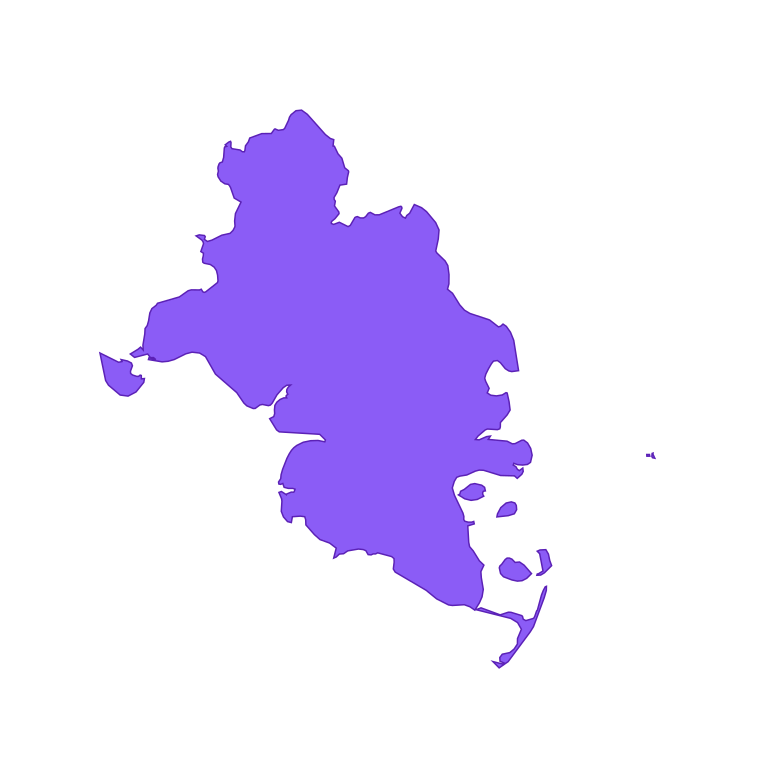 the border of Schleswig-Holstein, rotated 197°
{"feature_id": "DEU-1579", "entity_name": "Schleswig-Holstein", "entity_type": "State", "adm_level": 1, "iso_a3": "DEU", "parent_name": "Germany", "parent_adm1": "", "projection": "mercator", "projection_center": [9.834, 54.215], "detail": "fine", "context": "isolated", "style": "filled", "palette": "violet", "viewbox_px": 768, "rotation_deg": 197, "n_neighbors": 0, "source": "natural_earth", "source_scale": "10m", "svg_char_len": 6179}
<svg xmlns="http://www.w3.org/2000/svg" viewBox="0 0 768 768"><g transform="rotate(197 384 384)"><path d="M257.7,191.6L270.8,193.9L283.6,199.1L318.3,207.4L321.0,209.8L322.2,216.6L323.4,220.0L326.3,221.2L340.7,220.7L342.3,219.1L344.6,218.4L346.4,216.8L349.3,216.2L352.6,219.3L355.4,219.6L360.2,218.7L369.9,213.8L373.0,209.9L377.0,208.3L379.1,204.6L381.2,202.8L381.7,213.1L389.6,216.0L399.7,216.5L406.5,219.6L417.5,226.4L419.2,231.3L421.0,233.9L425.3,233.2L432.8,230.3L432.1,224.4L436.0,224.2L441.3,227.5L445.0,232.2L447.3,241.9L448.3,244.2L452.8,249.6L450.7,251.2L445.0,249.6L445.1,250.2L441.1,253.5L438.8,254.1L438.4,254.8L438.3,257.4L440.7,257.5L445.0,256.2L449.3,256.0L451.7,259.3L453.5,257.8L455.3,257.6L456.2,259.4L455.1,263.3L455.9,267.2L456.0,272.8L455.1,284.5L454.2,289.5L453.1,293.5L451.6,296.7L449.5,299.7L444.2,304.7L437.6,308.3L430.6,310.7L423.7,311.4L423.7,313.4L430.8,317.1L470.2,307.6L473.3,308.7L483.2,317.4L479.9,320.6L479.9,323.7L481.2,327.2L482.1,331.7L481.1,335.4L478.8,338.9L475.8,341.4L473.0,342.3L474.0,343.4L474.1,344.3L473.0,346.1L474.8,348.0L475.3,350.4L474.6,353.0L473.0,355.7L476.6,354.4L479.3,351.0L483.2,342.3L485.3,333.0L486.5,330.6L488.2,329.5L494.3,328.9L496.6,327.6L500.0,323.0L501.9,322.3L508.8,323.0L512.4,324.8L522.3,332.7L548.1,344.2L562.7,358.0L569.4,359.7L576.9,358.3L582.4,354.9L591.7,346.1L597.1,342.6L602.7,340.3L616.4,338.5L616.4,340.4L609.3,340.6L612.2,341.9L615.0,340.9L618.8,343.6L630.3,336.5L635.4,338.5L629.4,345.3L627.6,348.1L624.2,346.1L625.9,350.7L627.4,361.9L628.7,367.2L627.5,370.7L627.6,375.5L628.7,383.5L628.0,388.3L624.9,392.6L624.2,395.0L605.2,407.4L598.6,415.9L595.8,417.7L587.9,420.0L586.5,421.2L584.2,419.2L582.8,419.0L581.5,419.9L572.9,432.3L572.9,434.1L575.0,439.5L577.4,443.5L580.6,446.1L585.0,447.5L591.3,446.9L592.9,447.5L594.1,450.4L594.3,453.7L594.9,456.3L597.9,457.1L597.6,465.4L598.7,467.2L600.3,468.4L607.0,470.7L604.3,472.6L599.1,473.5L598.0,472.6L598.1,469.8L594.5,468.7L590.6,471.3L582.6,478.9L575.2,483.1L573.3,486.7L572.6,490.4L572.7,491.6L574.5,496.2L575.9,503.6L573.9,516.2L581.6,518.0L588.2,527.0L590.0,528.7L591.3,529.4L594.7,528.9L599.3,530.3L603.2,533.6L604.4,535.7L604.6,539.1L605.9,541.7L606.2,543.1L606.1,546.2L605.6,547.5L603.5,549.1L603.6,553.8L605.7,563.0L605.6,564.2L603.9,565.3L605.8,566.3L603.2,570.0L601.7,571.2L600.9,570.2L599.8,565.9L598.2,564.6L590.0,565.7L587.4,564.7L585.5,565.2L585.3,566.7L586.1,571.3L584.5,575.9L584.3,580.0L574.1,587.7L565.0,590.6L563.4,595.4L562.8,596.1L559.2,595.7L554.6,597.9L553.7,599.5L552.4,608.2L552.4,611.5L551.6,614.4L548.1,619.6L542.9,621.8L536.2,619.5L513.0,605.4L507.1,603.1L503.5,603.0L502.3,596.7L501.0,596.9L495.3,590.7L490.3,587.6L484.8,579.3L480.4,577.5L479.8,576.5L479.4,570.8L478.2,564.2L484.3,561.3L485.0,553.1L486.3,547.7L485.6,545.9L484.0,544.6L483.4,539.8L477.5,535.3L476.8,533.7L479.2,527.8L481.4,524.5L481.7,523.2L481.2,522.1L478.8,521.9L474.0,525.6L464.4,524.0L462.6,525.8L460.5,534.7L459.7,535.5L458.4,536.3L455.2,535.9L452.1,536.8L450.5,538.6L448.9,542.8L447.3,544.1L442.1,543.1L438.0,544.4L421.8,557.7L419.8,558.9L418.7,558.3L418.2,557.2L418.8,552.0L415.2,549.4L412.0,548.9L411.5,551.8L409.4,554.8L407.5,564.5L399.6,563.6L393.6,561.2L381.8,553.5L376.4,547.4L374.5,538.6L373.4,526.3L371.8,524.8L361.6,519.6L357.6,515.9L353.8,507.6L351.2,498.7L351.0,493.2L345.0,490.8L334.7,481.8L328.6,478.1L322.5,476.6L301.7,476.1L291.3,472.1L289.4,473.3L287.7,476.1L283.9,474.9L278.2,470.5L272.7,463.7L259.2,436.1L265.5,433.2L268.5,433.0L272.5,434.1L278.9,438.4L282.4,439.6L286.0,437.9L287.2,434.8L288.5,429.3L289.5,423.3L289.4,419.0L287.5,416.2L282.2,410.6L282.7,405.7L278.7,404.5L273.0,405.5L267.7,408.1L264.8,411.4L263.6,411.4L259.2,403.6L255.8,396.0L257.2,390.4L261.4,381.2L260.2,376.9L260.2,375.0L262.2,373.5L271.9,371.2L273.7,369.8L278.8,361.8L280.4,357.6L276.7,358.4L270.5,363.7L267.0,365.3L268.1,361.5L249.6,365.3L243.8,364.3L241.2,365.3L235.8,370.5L233.9,371.2L229.5,369.6L224.9,365.3L221.5,359.2L221.0,351.9L223.3,349.0L227.8,347.0L232.8,345.9L236.7,346.1L236.7,344.2L233.7,343.5L231.5,341.4L229.3,340.7L226.7,344.2L225.3,341.1L225.8,338.0L229.0,332.7L232.4,334.3L245.7,330.6L263.6,330.6L267.8,329.5L271.3,327.3L278.2,321.2L284.5,318.1L287.2,316.0L288.3,311.4L288.3,304.6L284.1,298.2L270.8,283.7L268.9,280.7L268.1,277.7L266.6,276.4L263.2,276.5L259.8,277.5L258.0,278.8L256.8,276.6L262.4,272.8L256.7,257.4L254.6,253.5L249.9,250.5L241.1,242.8L235.5,240.0L236.5,232.9L234.3,227.2L229.0,216.6L228.0,209.1L228.8,202.5L231.0,194.3L236.7,196.1L242.7,196.4L253.9,192.2L257.7,191.6ZM651.2,305.9L664.7,330.6L644.1,327.2L641.1,328.9L642.6,330.5L636.0,331.0L631.7,330.2L629.9,327.9L630.2,322.2L629.4,320.0L627.1,319.1L622.8,319.0L621.0,319.5L619.8,321.2L618.6,321.2L617.5,318.0L614.7,319.2L614.2,315.3L618.8,303.9L625.2,297.6L633.1,296.3L647.1,302.3L651.2,305.9ZM181.9,179.6L180.9,189.6L186.5,194.9L194.3,196.9L229.9,195.1L225.8,198.3L205.4,197.2L198.4,202.1L195.9,202.8L184.6,202.8L183.6,202.3L182.1,199.8L179.2,199.2L173.2,203.1L172.3,203.9L171.9,206.0L171.7,211.6L171.2,212.7L171.7,228.2L171.3,233.2L170.5,237.2L169.5,238.0L168.4,234.0L168.3,226.5L170.1,195.7L171.7,189.7L184.1,154.8L190.9,146.2L198.7,150.4L188.7,150.9L187.5,152.3L192.0,152.8L193.3,156.3L191.9,160.2L185.2,163.9L182.1,168.6L180.4,174.3L181.9,179.6ZM204.3,234.0L213.4,234.6L217.1,236.8L220.0,241.9L220.0,243.8L218.7,246.1L216.8,251.6L215.4,253.5L213.2,254.2L210.4,253.9L206.5,251.7L202.3,253.4L197.0,251.7L187.5,245.8L190.7,239.9L194.4,236.3L198.8,234.5L204.3,234.0ZM280.4,299.7L279.3,300.9L279.4,303.8L276.4,306.7L271.9,313.3L268.1,315.3L261.0,315.8L257.6,314.6L255.8,311.4L257.6,310.5L257.9,308.9L257.2,307.2L255.8,305.9L261.0,300.9L266.7,298.2L273.2,297.8L280.4,299.7ZM226.7,294.4L237.2,289.9L237.5,293.0L236.2,299.9L232.4,305.9L227.8,308.5L224.1,308.5L222.0,306.6L220.4,302.6L221.4,298.0L226.7,294.4ZM177.3,251.7L185.5,267.2L188.6,268.9L186.3,270.9L180.8,272.9L177.0,269.4L173.9,263.7L170.6,259.3L175.4,250.3L178.3,247.1L181.9,245.8L181.9,247.1L180.8,247.7L177.3,251.7ZM107.3,396.0L106.5,396.6L106.3,395.5L103.3,392.2L105.7,392.0L106.7,393.1L107.3,396.0ZM108.7,392.7L111.5,391.8L112.1,393.4L109.5,394.2L108.7,392.7Z" fill="#8b5cf6" stroke="#5b21b6" stroke-width="1.5"/></g></svg>